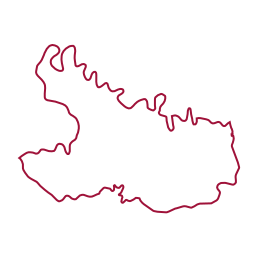 Kinh Mon, Hải Dương, Vietnam, rotated 178°
{"feature_id": "81297802B98282177960136", "entity_name": "Kinh Mon", "entity_type": "district", "adm_level": 2, "iso_a3": "VNM", "parent_name": "Vietnam", "parent_adm1": "Hải Dương", "projection": "robinson", "projection_center": [106.519, 21.0], "detail": "fine", "context": "isolated", "style": "outline", "palette": "rose", "viewbox_px": 256, "rotation_deg": 178, "n_neighbors": 0, "source": "geoboundaries", "source_scale": "gbopen_adm2", "svg_char_len": 5855}
<svg xmlns="http://www.w3.org/2000/svg" viewBox="0 0 256 256"><g transform="rotate(178 128 128)"><path d="M216.5,193.4L216.8,192.5L217.8,188.0L217.9,186.5L217.7,185.9L217.4,184.9L216.3,183.3L212.6,179.3L210.9,177.0L209.9,175.0L209.5,173.6L209.4,170.8L210.0,165.2L210.1,162.0L210.0,160.9L209.6,160.1L208.9,159.3L207.6,158.6L199.7,156.9L192.4,154.2L189.9,152.7L188.4,151.0L187.9,150.0L186.8,147.2L186.5,145.8L186.0,144.7L184.7,143.3L182.6,142.0L180.8,140.6L180.1,140.0L179.3,139.0L178.0,136.1L177.6,134.8L177.1,131.9L177.2,129.2L178.1,125.2L179.4,122.5L180.1,119.8L180.4,119.3L181.4,118.1L183.9,116.6L184.6,116.0L185.7,114.9L186.5,113.6L186.8,112.3L186.9,110.7L187.0,106.8L187.7,104.9L188.3,104.1L189.3,104.1L189.7,104.4L190.7,105.8L191.3,107.2L192.2,111.0L192.9,112.3L193.4,113.0L194.0,113.6L194.8,114.1L195.9,114.4L197.3,114.6L198.5,114.2L199.4,113.4L199.7,113.0L201.7,108.8L202.7,107.7L203.9,107.5L205.2,107.4L208.0,107.7L212.4,109.3L213.6,109.5L215.1,109.5L215.9,109.2L218.1,106.5L219.2,105.8L220.2,105.6L221.0,105.6L223.8,106.7L224.8,106.9L226.9,107.2L228.3,107.2L230.1,106.7L232.1,105.6L235.2,103.7L237.7,101.8L236.8,101.1L235.3,98.7L235.0,97.9L234.3,95.5L234.4,91.3L233.9,89.6L232.4,86.9L229.7,83.0L228.2,81.7L226.3,80.4L221.2,77.4L220.0,76.1L217.7,73.2L213.4,69.2L210.1,66.4L206.6,63.8L201.7,58.5L200.3,57.5L199.7,57.2L198.8,57.2L196.6,58.0L195.3,59.0L193.0,61.8L192.5,62.2L191.4,62.5L189.8,62.2L188.3,61.1L186.8,59.6L185.2,58.9L184.0,58.6L182.6,58.7L178.5,62.2L176.4,62.8L175.1,62.8L174.2,62.6L170.7,61.2L168.8,60.7L166.5,60.7L164.5,61.4L161.2,62.8L159.3,63.3L158.9,63.7L158.7,64.5L158.1,65.5L154.6,68.8L153.7,69.2L153.0,69.2L148.2,68.0L147.8,67.7L147.1,66.6L146.2,65.7L145.4,65.6L144.8,66.0L144.2,66.6L144.1,67.1L143.9,69.0L144.1,70.2L144.1,70.8L143.8,71.1L143.3,71.3L142.9,70.9L142.1,69.7L140.9,68.8L139.6,68.5L138.8,68.6L138.5,68.8L136.7,70.6L136.3,70.8L135.6,70.9L135.1,70.6L134.9,70.2L134.7,69.6L134.7,68.9L135.0,67.9L136.9,64.1L137.7,63.1L139.4,61.9L139.4,61.6L139.3,61.3L138.8,61.1L136.9,60.8L136.4,60.4L136.2,59.9L136.0,58.9L136.5,57.7L137.1,55.3L137.2,54.6L136.6,53.7L136.1,53.5L135.7,53.5L134.5,54.4L132.7,56.1L132.3,56.2L131.7,56.1L131.3,55.8L130.6,55.4L129.1,54.9L128.4,54.9L127.7,55.1L125.0,56.3L122.6,57.9L120.7,57.7L119.0,57.3L118.1,55.0L116.5,52.9L114.8,51.3L105.8,44.5L105.0,44.1L101.6,43.3L92.8,42.4L91.9,42.5L90.1,43.1L83.7,45.8L82.1,46.1L76.0,47.7L74.6,47.9L72.8,47.7L68.3,46.3L67.3,46.2L64.3,47.5L61.4,49.2L58.9,49.9L47.4,49.8L42.3,52.4L41.5,53.0L40.5,54.2L39.7,56.1L38.9,58.1L38.4,59.8L38.4,60.7L39.1,62.1L40.1,63.3L40.6,64.1L41.0,65.4L40.8,66.4L40.6,67.0L40.1,67.9L39.6,68.4L38.7,69.0L37.2,69.7L36.4,69.8L33.0,69.8L32.0,69.6L26.1,67.9L25.0,67.7L24.4,67.8L23.7,68.2L22.9,68.8L22.1,69.8L22.0,71.7L22.2,75.3L22.0,76.8L21.5,78.1L18.4,84.1L18.3,84.9L19.4,89.7L24.8,105.9L24.8,107.0L24.6,107.8L23.8,109.6L23.0,112.2L22.7,113.8L23.0,116.2L23.2,116.7L24.4,116.5L24.6,116.7L24.7,118.2L24.1,118.3L23.7,118.7L23.7,119.1L23.9,119.9L23.7,120.4L23.7,121.2L24.3,123.4L24.8,124.4L25.6,127.4L26.1,130.3L28.0,129.2L30.7,126.8L31.3,126.6L32.2,126.6L33.3,127.2L35.4,129.9L36.0,130.4L36.6,130.7L37.5,130.9L38.4,130.8L41.1,129.9L42.0,129.7L43.4,129.7L44.7,130.4L46.7,132.6L47.5,133.2L48.3,133.5L49.7,134.0L55.1,135.3L57.0,135.5L59.0,135.2L59.0,132.1L59.5,130.7L60.1,129.7L60.7,129.3L62.3,129.4L62.8,130.5L63.4,133.2L63.5,134.8L64.4,139.4L64.8,144.0L65.0,144.9L65.4,145.4L66.2,145.6L66.7,145.2L67.0,144.6L67.6,143.0L67.9,140.0L68.6,136.7L69.1,134.7L70.0,133.6L70.7,133.2L71.2,133.1L72.5,133.2L73.4,133.5L74.3,134.1L76.6,137.0L77.7,137.9L79.2,138.6L80.1,138.9L81.1,138.9L83.7,138.4L82.8,129.2L82.4,127.2L82.5,125.9L83.1,124.9L83.9,124.2L84.8,123.8L85.1,123.8L85.7,124.0L86.5,124.9L87.8,127.1L89.1,133.7L89.2,136.8L89.3,137.6L89.6,138.0L90.4,138.4L94.7,139.8L95.6,140.3L96.4,141.3L96.6,142.2L96.5,142.7L95.6,144.3L95.5,146.1L94.9,148.0L94.0,149.2L91.9,151.3L90.4,153.7L89.8,155.9L89.7,156.6L89.7,158.2L90.0,158.9L92.3,160.5L93.1,160.8L93.8,160.9L97.0,159.7L99.5,157.7L99.9,156.9L100.1,155.3L100.3,149.7L100.1,146.9L100.2,146.3L101.0,145.4L101.9,144.7L102.8,144.8L104.6,145.5L106.3,146.4L107.5,147.4L107.7,148.1L107.7,150.6L108.0,153.6L108.3,154.4L109.0,155.5L109.6,156.1L110.1,156.3L111.2,156.3L113.9,155.6L115.8,154.9L117.8,153.8L120.2,151.8L121.9,150.0L124.1,148.1L125.1,147.7L126.7,147.6L128.9,148.5L130.7,149.8L134.0,152.9L136.2,155.4L137.0,156.9L137.3,157.8L137.3,158.7L136.9,159.8L136.2,160.8L133.3,162.4L132.3,163.1L131.7,163.8L131.3,164.5L131.3,165.3L131.5,166.2L132.0,166.8L133.1,167.2L134.5,167.3L136.6,166.8L140.1,165.3L142.3,165.2L143.1,165.5L144.1,166.1L145.4,167.9L146.0,169.1L146.9,172.7L147.1,173.1L148.0,173.7L149.2,173.5L152.4,171.1L154.1,170.1L155.5,169.7L156.4,169.9L156.9,170.4L157.8,172.5L158.1,175.3L157.8,182.1L157.9,183.7L158.1,184.5L158.6,185.0L159.0,185.3L160.1,185.2L160.6,184.9L161.6,184.1L162.4,182.7L163.8,179.0L164.8,177.8L165.7,177.4L166.3,177.4L167.5,177.8L168.2,178.5L169.3,180.5L170.1,182.9L170.3,184.4L170.3,185.4L170.1,186.2L168.1,190.5L168.0,191.5L168.1,192.3L169.2,193.2L170.2,193.5L171.9,193.3L175.1,191.7L175.8,191.5L176.9,191.4L177.6,191.7L177.9,192.0L178.2,192.4L178.7,196.9L178.9,199.8L178.7,202.6L178.1,206.4L178.1,207.9L178.4,210.1L179.1,211.4L179.9,212.0L181.9,212.0L183.4,211.7L184.1,211.4L187.3,209.5L189.7,207.1L191.0,204.9L191.4,204.0L191.8,202.3L192.1,198.7L191.8,195.2L190.8,189.7L190.8,189.1L191.0,188.5L191.4,187.9L192.1,187.5L193.9,187.4L195.1,187.7L197.0,188.6L198.7,189.7L200.4,191.4L201.8,192.8L202.6,194.4L202.9,196.0L202.8,197.5L202.6,198.6L202.0,199.6L200.8,201.0L199.3,202.3L196.9,203.6L195.1,205.1L194.2,206.4L194.0,207.2L193.9,207.9L194.0,209.0L194.5,210.2L195.1,211.1L196.2,212.1L198.3,213.1L200.7,213.6L202.4,213.2L203.6,212.7L204.3,212.1L206.4,209.9L208.8,205.7L209.4,204.1L211.8,199.1L213.2,197.1L215.8,194.3L216.5,193.4Z" fill="none" stroke="#9f1239" stroke-width="2"/></g></svg>